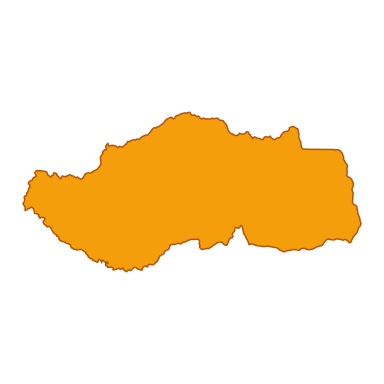 outline of Santa Rita do Tocantins, Tocantins, Brazil
{"feature_id": "56859067B45645585605962", "entity_name": "Santa Rita do Tocantins", "entity_type": "district", "adm_level": 2, "iso_a3": "BRA", "parent_name": "Brazil", "parent_adm1": "Tocantins", "projection": "mercator", "projection_center": [-49.332, -10.964], "detail": "fine", "context": "isolated", "style": "filled", "palette": "amber", "viewbox_px": 384, "rotation_deg": 0, "n_neighbors": 0, "source": "geoboundaries", "source_scale": "gbopen_adm2", "svg_char_len": 6001}
<svg xmlns="http://www.w3.org/2000/svg" viewBox="0 0 384 384"><path d="M353.2,193.1L351.9,190.0L352.2,188.7L352.9,187.0L353.5,183.9L352.7,181.7L351.8,179.8L351.0,178.8L349.6,177.5L347.5,176.6L346.7,174.9L347.3,171.8L346.9,169.7L346.9,168.4L347.2,167.2L347.4,165.7L347.0,164.3L345.4,162.8L344.8,161.3L343.9,159.8L343.5,158.7L343.6,156.9L343.0,155.6L342.1,153.0L340.9,151.7L339.9,150.6L338.9,150.0L337.4,149.7L335.6,149.8L333.9,149.5L308.7,149.3L302.6,149.0L301.3,146.9L300.7,142.0L299.1,138.5L298.7,136.8L299.0,133.7L298.3,132.5L298.1,130.5L297.6,128.8L296.5,128.4L294.3,126.9L291.8,126.6L289.3,127.9L289.3,129.1L288.5,130.7L286.5,131.4L283.9,131.9L281.3,134.8L280.6,136.5L279.8,137.5L276.6,138.2L275.1,139.6L274.0,139.4L272.6,138.8L271.3,138.0L270.3,136.2L268.9,137.0L267.6,137.1L265.9,136.7L264.4,137.2L263.2,139.3L261.8,139.5L259.6,138.6L257.1,138.0L254.6,136.9L252.8,138.6L252.3,137.4L250.8,136.4L250.2,134.7L249.1,134.0L248.2,132.0L247.0,131.7L246.0,132.1L245.3,133.3L244.3,134.0L241.7,134.1L239.6,133.2L238.4,134.9L237.2,135.3L235.7,135.5L233.3,134.8L232.6,133.8L231.5,133.8L229.8,132.5L228.1,130.2L226.5,125.0L224.0,122.0L223.2,120.8L221.7,120.4L219.9,120.2L218.9,119.6L218.2,118.6L216.5,118.2L215.0,118.6L213.9,118.6L211.9,118.2L210.9,119.0L208.8,119.0L207.6,118.8L206.0,119.1L203.1,118.1L202.0,119.0L200.5,118.5L199.7,117.3L198.2,116.1L196.7,116.6L194.3,114.9L192.9,115.4L191.1,114.8L190.4,113.2L189.9,112.3L188.3,112.5L186.6,113.1L184.8,112.9L183.1,113.2L179.6,114.5L178.2,115.3L176.1,116.0L175.1,116.9L174.8,118.0L173.5,118.9L171.4,117.2L167.3,118.9L166.1,119.7L163.4,123.1L162.5,123.7L160.3,125.7L157.0,127.2L155.8,127.9L154.2,127.7L152.8,128.7L151.5,130.2L151.0,131.2L148.4,134.2L147.4,135.1L146.3,135.1L144.8,135.4L142.2,136.7L140.8,137.7L139.5,139.3L136.8,139.1L135.8,139.6L134.6,140.1L133.3,139.7L130.1,141.1L129.1,141.7L127.5,141.7L126.6,143.6L124.8,145.0L122.6,147.2L119.7,146.3L117.7,147.6L116.1,146.3L113.4,145.4L111.8,145.3L109.0,146.2L108.3,145.1L108.0,143.5L107.0,144.1L106.1,145.3L105.8,147.4L106.5,148.8L105.8,149.9L104.5,149.8L102.5,152.0L102.9,153.3L102.3,154.4L101.2,155.6L100.5,157.0L100.4,158.3L101.1,163.5L100.6,164.7L99.6,166.3L97.1,169.4L92.7,171.6L90.5,173.2L88.2,172.8L85.2,173.9L84.5,175.4L82.9,177.8L82.4,178.8L80.8,179.3L77.3,177.0L76.1,177.7L75.0,177.2L73.9,176.4L72.8,175.9L71.5,175.7L70.7,175.0L69.3,174.8L68.2,175.8L66.7,175.8L65.8,176.8L62.2,176.0L61.1,178.4L60.1,178.7L59.3,177.7L58.4,176.4L57.4,175.7L56.8,174.7L56.5,173.6L55.3,173.1L54.1,172.7L53.3,173.8L53.4,175.0L51.7,175.6L51.0,177.2L47.8,174.9L46.8,172.1L44.5,171.2L42.6,171.1L41.1,170.7L38.4,170.8L37.0,170.4L35.5,171.5L34.8,172.8L35.8,174.8L36.0,176.1L35.1,177.0L33.7,177.5L32.8,178.5L32.2,179.9L30.9,180.8L29.3,181.4L28.5,182.8L28.4,183.9L29.6,184.7L30.1,187.0L28.9,188.0L27.9,191.9L26.9,192.8L26.6,194.5L25.7,195.9L24.6,196.3L24.1,197.5L24.7,199.1L24.5,200.7L23.9,202.2L23.0,203.5L24.3,205.9L25.1,206.7L25.1,210.3L26.8,209.9L27.8,208.9L29.5,208.5L30.4,207.6L31.8,207.2L33.1,208.3L33.8,209.7L34.3,211.5L34.5,213.2L37.0,213.9L38.7,214.6L38.8,216.8L40.0,218.2L41.3,217.4L43.1,217.6L44.6,217.6L44.9,219.0L43.2,221.8L43.5,223.4L44.6,224.6L46.3,225.7L46.9,226.9L48.1,226.5L49.5,226.5L50.9,227.8L51.4,229.3L54.0,233.4L56.1,234.5L56.7,236.1L58.3,236.7L59.0,237.7L59.0,239.2L59.8,240.3L62.3,241.5L64.8,242.0L65.6,242.8L66.9,243.4L68.6,243.9L69.6,244.4L70.5,245.1L71.4,247.9L72.6,248.0L73.4,249.1L75.2,249.3L76.7,250.0L80.1,249.5L81.4,249.4L82.8,250.5L85.8,252.3L85.7,253.5L86.8,254.3L87.7,255.3L88.2,256.7L90.4,258.7L92.4,259.0L93.0,260.4L95.6,261.3L96.5,262.0L97.7,262.2L98.3,261.2L98.8,259.5L100.2,259.7L101.1,260.9L101.7,262.2L102.4,260.4L103.5,260.6L104.5,261.8L105.4,262.2L106.4,261.9L108.1,262.7L107.4,263.6L105.9,263.5L105.6,264.5L105.8,265.6L107.0,266.0L107.5,267.3L109.2,267.3L110.4,267.0L113.3,267.8L113.0,269.7L114.1,269.9L116.4,269.3L117.9,268.5L119.3,268.6L120.3,269.4L121.9,268.9L122.8,268.1L123.7,269.8L125.4,271.1L126.5,271.7L127.7,270.6L129.2,269.9L130.5,270.6L131.5,270.1L132.3,269.1L133.4,268.1L134.8,267.3L135.9,267.5L136.9,268.5L138.3,269.2L141.9,270.3L142.7,267.7L143.5,267.1L144.4,266.2L145.7,266.0L147.7,266.9L147.8,265.7L148.9,264.5L150.6,264.4L151.8,264.8L153.3,264.8L157.1,261.3L158.8,258.6L159.4,256.7L160.5,255.6L163.2,254.1L164.1,253.5L164.0,252.3L164.8,251.6L165.5,250.6L166.4,250.2L167.9,249.9L169.0,248.8L169.7,246.2L170.4,244.9L172.8,244.4L174.4,244.4L178.0,243.4L179.2,243.5L180.6,244.0L182.6,242.8L183.3,241.8L185.0,242.1L187.0,241.1L187.8,240.4L189.6,240.0L190.6,239.4L198.3,239.3L199.4,240.5L199.6,241.9L199.1,243.8L200.0,245.4L199.5,247.0L200.4,248.5L201.9,249.6L205.5,248.7L208.9,248.4L210.8,247.3L212.7,245.8L218.0,242.4L219.3,242.0L221.8,242.0L223.3,243.8L224.8,244.9L226.2,245.3L227.1,244.7L227.7,243.1L228.5,241.5L229.3,239.0L230.3,238.5L230.8,237.7L232.3,237.6L233.0,236.5L232.5,235.4L232.3,234.0L233.2,232.6L234.4,231.3L234.7,230.2L234.7,229.1L235.2,227.6L236.9,227.8L238.1,228.3L239.8,227.6L240.5,225.7L241.5,225.5L242.6,227.5L243.6,233.5L245.2,235.6L245.8,237.5L246.7,238.9L248.0,241.3L248.6,243.5L249.2,244.6L250.3,244.1L251.6,243.9L253.2,244.2L254.5,244.9L256.9,245.6L258.1,245.9L261.0,246.0L261.9,246.5L265.0,246.5L266.9,246.0L277.1,247.9L278.1,248.5L279.8,250.1L281.2,250.6L282.5,251.3L283.9,251.9L285.1,251.6L286.5,250.8L289.0,250.5L292.4,249.7L294.7,249.6L296.4,249.8L298.4,250.3L299.5,250.1L300.5,249.2L301.9,248.4L305.2,248.5L306.6,249.4L308.5,249.7L311.7,249.4L313.7,248.5L317.3,246.7L320.1,245.8L321.8,245.6L323.0,244.3L324.6,241.8L325.8,240.8L326.7,239.5L328.3,239.0L329.7,239.5L333.7,240.0L335.3,239.5L336.2,238.8L340.0,239.3L343.0,240.2L344.8,239.4L348.0,240.9L348.9,242.5L350.3,242.6L351.3,241.6L351.7,239.9L352.7,238.4L353.3,236.8L354.4,235.6L355.5,234.2L356.5,233.3L357.4,231.6L358.2,228.8L359.2,227.1L360.4,225.6L361.0,223.4L359.9,220.0L359.9,218.7L358.1,214.1L357.8,212.7L356.7,206.3L355.7,205.4L354.0,204.5L353.1,203.7L352.5,202.4L352.8,198.1L352.7,197.0L353.1,194.8L353.2,193.1Z" fill="#f59e0b" stroke="#b45309" stroke-width="1.5"/></svg>